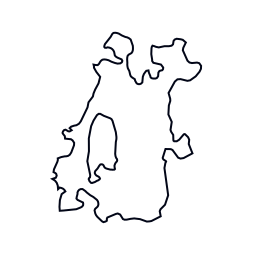 an SVG outline of Álava, rotated 77°
{"feature_id": "ESP-5801", "entity_name": "Álava", "entity_type": "Autonomous Community", "adm_level": 1, "iso_a3": "ESP", "parent_name": "Spain", "parent_adm1": "", "projection": "equal_earth", "projection_center": [-2.779, 42.851], "detail": "fine", "context": "isolated", "style": "outline", "palette": "ink", "viewbox_px": 256, "rotation_deg": 77, "n_neighbors": 0, "source": "natural_earth", "source_scale": "10m", "svg_char_len": 4025}
<svg xmlns="http://www.w3.org/2000/svg" viewBox="0 0 256 256"><g transform="rotate(77 128 128)"><path d="M115.0,184.9L113.9,183.1L113.6,180.0L113.7,177.6L112.8,174.8L110.9,172.5L98.8,162.8L94.1,160.7L89.4,155.1L86.6,153.8L83.1,151.3L77.9,146.7L71.9,143.6L66.3,146.2L61.6,147.6L60.8,147.3L58.5,147.3L59.3,145.5L59.9,143.4L58.9,141.7L57.6,140.6L56.4,139.2L55.7,137.6L55.8,135.9L56.4,134.0L57.6,131.7L59.7,129.2L61.7,126.1L62.9,123.7L63.3,120.9L62.6,119.2L61.3,118.4L59.7,118.8L57.1,122.4L55.8,123.7L54.4,124.5L50.8,124.4L49.1,124.8L47.6,125.6L46.3,126.8L45.4,128.3L44.8,129.8L45.0,131.1L44.6,132.4L43.6,132.9L42.3,132.4L41.0,131.5L35.4,124.5L32.8,122.1L32.1,120.8L32.3,119.1L32.9,117.5L33.9,115.8L36.5,113.1L38.7,110.1L39.5,108.4L40.7,106.9L42.4,105.5L49.0,104.8L51.3,105.2L53.1,105.7L54.7,106.6L55.8,107.8L56.7,110.9L57.7,112.2L59.2,112.9L60.9,113.4L64.5,114.0L66.3,114.5L68.1,114.7L69.8,114.7L72.8,113.9L76.7,113.9L78.3,113.6L79.7,112.6L82.0,110.4L83.5,110.4L86.0,109.7L87.0,109.0L87.6,108.0L87.9,106.6L87.7,105.3L86.8,103.8L81.4,102.0L79.0,100.4L77.4,98.6L76.4,97.3L76.5,95.1L78.7,95.2L82.1,94.6L83.4,94.6L83.8,94.5L84.3,94.2L85.0,93.4L85.6,91.9L86.0,89.9L85.7,88.5L84.3,87.0L80.8,85.9L79.5,84.5L79.4,83.1L79.4,81.6L78.5,80.6L77.0,80.1L73.6,81.6L70.2,88.6L68.1,89.4L66.8,89.1L61.3,88.7L55.7,87.2L54.2,86.5L53.3,85.6L54.1,84.1L55.2,82.5L56.4,79.9L56.5,74.2L57.5,69.8L57.6,67.0L56.6,65.3L53.4,64.0L52.3,62.6L52.0,60.5L53.4,56.7L54.4,54.8L57.7,52.4L62.3,56.1L64.6,57.1L75.8,54.9L78.0,53.4L79.1,51.1L79.8,46.0L80.9,44.0L83.9,42.8L86.7,43.6L89.2,45.6L92.9,50.4L95.5,56.7L95.4,59.5L92.2,65.8L91.7,68.9L93.3,71.9L103.0,80.6L109.0,80.3L111.1,80.7L115.2,83.1L123.9,85.6L131.9,84.0L139.4,87.0L141.4,86.8L144.9,85.5L149.9,86.5L150.6,86.5L151.3,86.0L151.9,83.5L150.9,80.7L146.8,75.2L146.6,74.5L146.9,73.8L150.5,71.5L153.2,71.0L157.3,72.4L167.2,70.9L169.8,80.6L169.6,83.7L168.2,85.8L159.4,89.6L158.2,91.1L156.9,96.2L164.9,100.9L165.7,100.9L166.7,100.5L168.8,98.5L169.3,98.4L170.4,99.4L175.2,101.5L202.6,104.0L211.1,109.2L214.5,114.6L216.2,115.8L221.4,116.0L223.9,126.1L223.8,128.2L223.4,130.7L219.5,136.8L217.5,142.3L217.1,145.9L217.0,149.8L216.6,151.9L215.6,153.4L210.6,155.1L209.0,157.2L209.0,159.1L210.6,168.3L211.6,169.0L213.6,169.5L214.1,170.9L214.2,173.1L213.1,174.3L207.6,177.9L205.8,178.7L204.0,179.1L200.7,179.1L199.4,178.2L197.9,175.5L197.1,174.7L196.0,174.1L194.5,173.8L192.8,173.8L191.1,174.4L187.4,177.3L185.0,179.9L181.4,182.8L179.9,183.7L177.3,186.0L176.9,187.8L177.2,189.4L178.1,190.7L179.4,191.7L180.9,192.0L183.7,193.5L185.2,194.1L186.7,193.3L190.5,188.6L191.9,188.7L193.3,189.2L194.3,190.5L194.8,192.1L195.5,196.7L193.9,209.4L193.3,213.1L189.4,212.5L183.0,210.6L177.5,207.5L175.7,203.3L174.0,203.9L172.6,204.9L171.5,206.3L170.6,208.2L171.1,208.7L171.3,208.9L171.5,209.2L171.9,209.9L168.3,209.4L165.3,209.8L162.8,211.0L160.6,213.2L160.2,209.5L158.4,208.2L156.4,208.3L155.4,209.1L154.2,210.5L151.6,209.4L145.0,204.4L143.3,203.5L141.8,203.3L141.3,199.5L141.4,196.0L141.7,194.4L141.7,192.7L141.0,190.8L139.1,188.8L132.7,184.5L130.3,183.8L127.6,184.8L126.1,186.1L125.5,187.9L124.2,191.7L121.7,191.4L119.4,192.5L118.1,192.9L116.7,192.1L115.6,190.6L115.6,189.2L117.8,186.9L118.2,185.6L117.5,183.4L115.0,184.9ZM152.6,146.5L150.3,146.3L138.9,143.0L136.2,141.8L134.2,141.3L129.3,140.8L117.5,141.5L115.6,142.1L114.5,143.2L110.7,148.8L108.0,151.8L107.6,153.4L108.5,155.4L113.0,159.9L117.9,163.5L129.3,168.5L141.9,171.3L151.2,175.1L165.4,175.4L166.6,175.8L167.6,176.2L168.0,177.1L168.9,177.8L171.1,177.5L173.1,176.4L173.5,175.4L173.2,172.4L172.5,170.3L172.3,168.8L171.7,167.4L171.1,166.7L169.9,166.9L168.9,167.5L167.2,169.5L166.1,170.1L164.9,170.5L163.7,170.3L162.6,169.6L160.8,167.0L159.9,166.0L158.9,165.1L158.0,164.1L157.3,163.1L157.4,162.0L157.8,161.0L158.7,160.3L161.1,159.7L162.0,159.0L162.7,158.1L164.5,154.7L164.8,153.6L165.2,152.5L165.5,150.6L165.0,149.9L163.1,149.9L161.5,149.6L159.8,148.5L158.8,147.5L158.1,146.4L157.1,145.8L155.9,145.7L154.4,146.3L152.6,146.5Z" fill="none" stroke="#020617" stroke-width="2"/></g></svg>